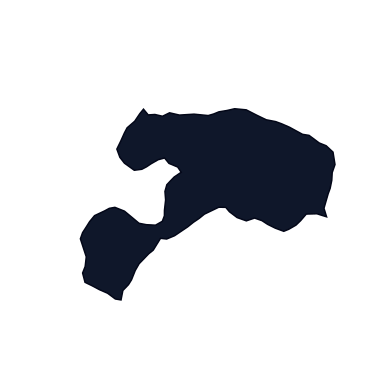 Agia Trias, Cyprus (Equal Earth projection), rotated 146°
{"feature_id": "46923920B13972666362047", "entity_name": "Agia Trias", "entity_type": "district", "adm_level": 2, "iso_a3": "CYP", "parent_name": "Cyprus", "parent_adm1": "", "projection": "equal_earth", "projection_center": [34.248, 35.534], "detail": "fine", "context": "isolated", "style": "filled", "palette": "ink", "viewbox_px": 384, "rotation_deg": 146, "n_neighbors": 0, "source": "geoboundaries", "source_scale": "gbopen_adm2", "svg_char_len": 1491}
<svg xmlns="http://www.w3.org/2000/svg" viewBox="0 0 384 384"><g transform="rotate(146 192 192)"><path d="M97.3,99.9L94.3,96.2L91.7,104.7L84.9,110.4L80.1,114.4L75.4,117.8L69.6,123.5L64.9,129.7L58.1,134.8L52.8,146.2L54.9,155.3L59.1,161.5L63.3,173.5L68.1,178.0L71.7,184.9L74.9,191.1L79.6,198.5L83.3,203.6L90.1,210.4L95.4,219.5L101.1,229.8L110.1,237.2L117.4,240.0L124.8,243.4L130.5,244.6L135.8,246.3L146.8,255.4L159.4,262.8L166.3,270.2L174.1,271.3L179.4,277.0L185.2,280.4L185.9,287.8L191.5,286.1L199.9,282.7L209.9,281.5L215.1,278.7L222.5,274.1L230.3,269.6L232.4,261.1L231.9,253.7L227.7,242.3L220.9,238.9L215.6,238.3L210.4,238.3L202.0,237.7L195.7,235.5L195.1,228.6L189.9,220.7L189.9,214.4L198.3,214.4L203.6,213.3L208.8,212.1L214.1,207.6L218.3,200.2L225.1,192.2L228.2,187.7L233.0,184.3L240.8,184.9L248.2,190.5L253.4,195.7L255.5,203.0L258.7,213.9L264.5,222.4L269.7,224.7L275.0,225.2L286.0,226.9L293.4,224.7L298.6,222.4L305.4,219.5L310.7,215.6L313.3,206.5L315.9,197.4L322.2,190.0L328.0,186.0L331.2,176.9L327.5,170.6L323.3,162.7L318.6,155.3L315.4,146.2L311.2,142.2L304.4,149.0L296.5,150.7L291.3,153.0L282.9,158.7L276.0,162.1L262.4,165.0L256.6,165.5L244.0,171.2L239.3,167.2L230.9,165.5L225.6,165.5L215.1,165.5L207.8,166.1L200.9,166.1L194.1,166.7L178.3,164.4L172.6,160.4L172.0,154.7L168.9,145.6L163.1,137.7L154.7,135.4L150.0,129.1L147.4,122.9L143.2,115.5L137.9,108.1L132.7,107.0L124.3,106.4L118.0,107.5L109.6,109.8L100.6,104.1L97.3,99.9Z" fill="#0f172a" stroke="#020617" stroke-width="1.5"/></g></svg>